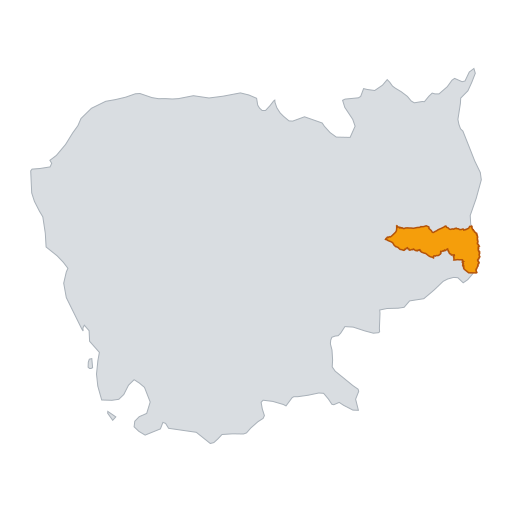 Pech Chreada, Môndól Kiri, Cambodia (highlighted)
{"feature_id": "14789045B57856207537526", "entity_name": "Pech Chreada", "entity_type": "district", "adm_level": 2, "iso_a3": "KHM", "parent_name": "Cambodia", "parent_adm1": "Môndól Kiri", "projection": "mercator", "projection_center": [107.158, 12.644], "detail": "fine", "context": "in_parent", "style": "filled", "palette": "amber", "viewbox_px": 512, "rotation_deg": 0, "n_neighbors": 0, "source": "geoboundaries", "source_scale": "gbopen_adm2", "svg_char_len": 8354}
<svg xmlns="http://www.w3.org/2000/svg" viewBox="0 0 512 512"><path d="M473.9,68.5L475.3,73.3L471.7,82.5L467.9,90.8L460.7,98.1L460.4,103.4L457.9,119.4L458.9,124.4L460.5,128.8L462.9,131.1L469.1,146.7L474.7,160.9L480.3,172.5L481.3,179.8L476.2,198.4L470.2,215.5L470.7,224.0L473.3,232.5L476.0,243.9L477.0,258.4L475.5,267.8L472.8,273.7L467.7,279.7L463.2,282.8L457.8,277.7L453.5,277.4L447.7,279.0L443.2,281.3L434.0,290.1L423.8,298.7L409.6,300.9L404.1,307.3L398.2,308.2L387.0,308.5L379.7,310.0L380.0,313.2L379.4,328.3L379.6,331.8L378.5,332.7L373.4,333.2L364.8,330.9L353.2,327.1L344.9,326.6L340.7,333.1L338.2,335.7L335.0,336.1L331.8,337.3L330.7,340.2L330.4,343.9L332.0,350.1L332.6,360.1L332.2,366.9L335.2,371.2L352.9,385.6L358.1,389.2L358.7,391.4L355.6,399.2L358.4,410.3L352.9,410.1L343.6,405.3L339.2,402.4L333.8,404.7L331.9,404.3L328.3,398.9L323.6,393.3L318.7,393.0L308.3,395.2L297.8,396.7L293.8,396.7L292.1,397.7L286.0,405.9L283.4,404.5L272.8,401.4L263.1,400.2L261.1,402.3L262.3,409.0L264.4,415.6L263.1,418.4L257.8,421.8L250.8,428.0L246.5,432.9L243.5,434.0L232.7,433.8L222.0,434.5L217.8,439.0L213.8,442.6L210.3,443.5L196.3,432.3L168.6,428.3L165.6,423.4L162.9,422.4L160.4,428.9L145.1,435.1L138.8,431.3L134.1,426.8L134.8,421.2L139.2,416.7L146.7,413.4L150.2,402.0L144.5,387.4L139.4,383.1L134.1,379.7L128.5,385.2L123.8,394.5L118.8,399.3L111.9,400.3L101.7,400.0L97.8,386.1L96.5,374.1L97.9,360.5L99.4,352.4L89.6,341.3L89.1,330.7L84.3,325.2L82.9,328.0L83.1,331.0L81.7,328.8L66.3,297.6L63.7,283.2L66.3,272.0L67.9,268.3L63.4,262.4L57.1,255.8L46.1,247.0L45.3,233.2L42.8,216.8L39.5,211.3L34.4,201.3L31.7,192.9L30.7,170.9L32.1,169.1L40.0,168.5L50.1,166.9L51.7,163.3L49.9,160.3L56.4,155.4L65.6,144.4L72.7,132.9L77.9,125.7L81.0,118.5L91.4,108.3L105.7,101.3L115.4,99.6L125.6,97.2L135.3,93.8L139.9,93.5L151.9,97.6L158.5,98.7L165.3,98.6L172.4,99.0L178.6,98.6L193.4,95.7L209.0,98.0L223.0,96.2L240.4,92.9L248.9,95.0L256.6,98.3L257.7,105.1L259.5,108.1L262.1,110.5L265.5,110.5L269.9,105.8L273.6,101.0L274.8,100.1L275.0,102.4L276.8,107.7L280.1,112.9L283.5,116.3L289.0,120.9L292.7,121.1L304.5,116.8L322.2,123.0L324.3,126.2L330.1,132.6L336.3,137.1L350.1,137.4L355.1,126.2L352.7,119.3L344.8,107.4L342.6,100.3L345.1,99.1L358.5,97.8L360.7,96.4L363.6,88.6L367.3,89.5L374.7,90.5L382.5,85.2L387.2,79.6L389.7,82.2L392.5,86.1L395.5,88.3L401.2,91.7L407.4,96.4L411.2,101.0L414.3,102.8L422.3,101.5L424.4,101.7L429.0,96.1L432.2,93.1L435.0,93.9L439.0,93.9L447.3,86.7L452.0,80.2L454.6,78.4L462.1,81.7L465.0,81.0L469.3,72.0L473.9,68.5ZM92.6,367.7L91.0,368.5L89.6,368.5L88.1,367.2L88.3,362.2L89.3,359.2L91.8,358.6L92.6,367.7ZM115.8,416.9L112.7,420.3L107.7,413.3L107.8,411.4L115.8,416.9Z" fill="#d9dde1" stroke="#a8b0b8" stroke-width="1"/><path d="M385.5,239.4L385.8,239.5L385.8,239.4L386.3,239.3L386.6,239.5L387.3,240.0L387.6,240.4L388.2,240.5L388.8,240.9L390.9,241.7L391.8,242.2L392.7,242.8L394.2,245.3L395.0,246.0L395.8,246.7L396.1,246.6L396.3,246.7L396.7,246.9L398.1,247.5L399.5,248.9L400.1,249.4L401.9,249.7L403.5,250.3L404.1,250.3L404.6,249.9L404.5,249.5L404.6,249.3L404.9,249.2L405.3,249.4L406.0,248.9L406.2,248.3L406.6,248.1L407.2,248.0L407.5,247.8L408.0,248.9L408.5,248.9L409.0,249.1L409.0,249.5L409.3,250.1L409.6,250.0L410.1,250.1L411.9,249.5L412.3,249.5L412.6,249.7L412.8,249.7L413.0,249.6L413.1,249.2L413.6,249.0L415.2,250.4L415.8,250.6L416.3,250.4L416.5,250.7L417.2,250.9L417.5,250.8L417.5,250.5L418.1,250.0L418.4,250.0L418.6,250.2L418.9,250.1L419.1,250.1L419.4,249.7L419.8,249.7L419.8,249.8L419.8,250.0L420.0,250.2L419.9,250.4L420.1,250.4L420.3,250.8L420.5,250.8L420.8,251.1L420.7,251.5L420.9,251.6L421.5,252.1L424.1,253.1L425.1,253.3L425.7,253.5L426.9,254.4L428.5,255.7L429.8,256.5L430.5,256.8L432.2,257.2L433.5,257.9L433.6,257.3L433.5,256.5L433.7,256.0L433.8,255.9L434.4,255.8L435.3,256.1L435.5,255.9L436.6,255.5L437.7,255.6L438.3,255.5L439.0,255.2L439.5,254.5L440.3,254.2L440.9,253.3L440.8,252.9L440.9,252.4L440.6,252.2L440.7,251.4L441.1,251.5L441.6,251.5L442.1,251.3L443.1,250.7L443.3,250.8L443.7,251.1L443.9,251.0L444.2,250.8L444.4,250.2L444.6,250.0L444.8,250.1L445.3,250.5L445.6,250.5L446.7,249.4L447.1,249.1L447.6,248.9L447.8,250.1L448.3,250.4L448.3,251.2L448.6,251.3L448.8,251.5L448.8,251.9L449.0,252.5L449.4,253.3L449.8,253.5L450.0,253.9L450.7,254.0L451.0,254.3L451.3,255.0L452.1,255.1L452.7,254.9L453.5,255.2L453.7,254.9L454.2,254.9L454.2,255.1L454.3,255.4L454.0,255.5L454.0,256.0L453.8,256.2L453.8,256.4L453.5,256.6L453.7,256.9L453.8,257.0L453.7,257.3L453.9,257.6L453.9,257.9L454.0,258.1L453.9,258.7L454.0,259.3L453.8,260.0L454.8,260.0L457.5,259.6L459.4,259.8L462.1,259.7L462.4,259.8L462.3,260.3L462.6,260.4L463.0,260.9L462.8,260.9L462.6,261.1L462.5,261.4L462.3,261.8L462.3,262.1L462.8,262.1L462.5,262.3L463.0,262.7L462.9,263.1L463.0,263.1L463.1,263.4L463.3,263.5L463.1,263.8L463.1,264.0L462.8,264.3L462.8,264.5L463.1,264.8L462.9,265.0L463.1,265.1L462.9,265.2L463.0,265.5L462.8,265.9L462.9,266.0L463.0,265.9L463.3,265.9L463.4,266.1L463.6,266.0L463.7,266.5L463.5,266.4L463.5,266.8L463.6,268.1L463.9,268.6L464.2,268.9L464.2,269.2L468.7,272.8L476.2,272.9L476.7,272.7L476.9,272.4L476.6,271.9L476.4,271.6L476.4,271.4L476.2,271.2L476.1,270.8L476.0,270.6L476.2,270.2L476.0,269.2L476.3,269.0L476.5,269.0L476.6,268.8L476.7,268.7L476.9,268.2L477.0,267.6L477.4,267.0L477.5,266.7L477.6,266.4L477.8,266.3L478.1,265.9L477.8,265.6L478.0,265.1L477.9,264.4L478.2,263.9L478.8,263.7L478.9,263.4L478.8,263.1L479.0,262.8L479.0,262.6L479.1,262.3L478.9,262.1L478.5,261.9L478.2,261.5L478.3,261.3L478.2,261.2L478.1,261.3L478.0,261.2L478.2,260.9L477.6,260.4L477.6,259.9L477.8,259.5L478.0,259.5L478.1,259.3L478.4,259.2L478.9,258.8L478.9,258.7L478.7,258.4L478.8,258.2L479.0,258.1L478.9,257.8L479.2,257.6L479.4,257.3L479.8,257.0L479.9,256.7L479.7,256.4L479.6,256.1L479.3,255.9L479.1,254.8L479.1,254.4L479.3,254.3L479.2,253.9L479.4,253.5L479.6,253.3L479.5,253.2L479.5,252.9L479.3,252.6L479.3,252.4L479.2,252.2L479.5,252.0L479.3,251.9L479.2,251.5L478.9,251.4L479.0,251.1L478.6,250.9L478.4,250.6L478.6,250.4L478.4,250.1L478.4,249.6L478.2,249.4L478.2,248.9L478.4,248.9L478.6,248.7L478.3,248.4L478.2,248.2L478.4,247.7L478.3,247.2L478.5,247.2L478.8,247.0L478.8,246.4L479.3,246.2L479.1,245.9L478.9,246.0L479.0,245.8L478.7,245.4L478.6,245.0L478.3,245.0L478.2,244.4L478.0,244.1L477.6,244.0L477.6,243.8L477.4,243.7L477.3,243.0L477.5,242.8L478.0,242.0L478.0,241.6L477.7,241.3L477.7,241.0L477.8,240.3L477.4,240.3L477.3,239.0L477.4,238.3L477.6,237.9L477.3,237.5L477.3,237.2L477.4,236.8L477.6,236.8L477.6,236.7L477.2,235.2L476.9,235.3L476.8,235.1L476.7,234.6L476.9,234.1L476.6,233.9L476.6,233.6L476.2,233.7L475.9,233.1L475.9,232.8L475.8,232.6L475.1,232.2L474.6,232.1L474.4,231.4L474.2,231.0L474.0,230.8L473.3,230.6L473.4,230.0L473.4,229.9L473.3,229.6L472.7,229.4L472.2,228.8L472.0,227.5L471.7,227.4L471.6,227.0L471.9,226.7L472.0,226.4L471.9,226.3L471.7,226.4L471.5,226.1L471.3,226.1L470.8,226.4L469.7,226.4L468.7,228.2L468.0,228.6L467.5,228.7L467.1,229.0L466.8,229.0L466.6,229.3L466.2,229.5L465.6,229.7L465.3,229.5L465.0,229.8L463.8,230.1L463.5,229.3L463.3,229.1L463.1,229.0L462.8,229.0L461.5,229.5L460.2,229.6L459.4,229.5L459.0,229.1L458.4,228.8L456.6,228.6L456.4,228.2L455.0,228.4L454.8,228.8L454.4,228.8L454.2,228.9L453.9,228.9L453.6,229.2L453.3,229.2L452.6,228.9L451.4,229.1L450.9,229.4L449.9,229.3L449.4,229.1L447.9,227.7L446.5,227.3L446.1,226.2L445.9,226.1L445.3,226.1L445.0,226.2L444.2,226.9L441.2,228.4L439.9,228.9L437.8,229.9L436.6,230.8L434.8,231.6L433.6,232.4L433.2,232.5L432.7,232.4L432.2,232.1L431.3,230.6L428.9,228.4L429.0,227.4L428.8,226.9L426.2,225.8L423.7,226.6L422.6,226.7L421.9,226.6L421.4,226.8L420.9,226.6L420.4,227.0L419.4,227.4L417.2,227.5L413.5,228.3L410.9,228.0L408.9,228.0L408.0,227.9L406.6,227.9L405.3,228.0L404.3,228.5L403.5,228.5L403.3,228.5L403.0,228.2L402.5,228.1L402.2,227.8L402.0,227.7L401.6,228.0L401.3,227.8L401.0,227.9L400.7,227.7L400.2,227.8L400.4,227.5L400.2,227.4L400.1,227.6L399.9,227.6L399.6,227.6L399.4,227.5L399.3,227.3L398.9,227.1L398.6,227.1L398.1,226.9L397.9,227.1L397.6,226.8L397.1,225.8L396.9,225.7L396.8,225.9L396.6,226.0L396.7,226.7L396.7,228.1L396.5,230.3L396.1,231.4L395.4,232.4L392.0,235.7L390.6,236.8L390.2,236.9L389.8,236.7L389.7,236.8L389.1,236.9L388.9,237.0L388.5,237.1L388.4,237.3L388.1,237.2L388.1,237.5L387.6,237.6L387.5,237.4L387.3,237.4L387.3,237.6L387.0,237.7L386.9,237.8L386.0,238.5L385.5,239.4Z" fill="#f59e0b" stroke="#b45309" stroke-width="1.5"/></svg>